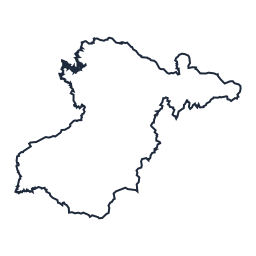 Bandung Barat, Jawa Barat, Indonesia (orthographic projection)
{"feature_id": "22746128B79756617117888", "entity_name": "Bandung Barat", "entity_type": "district", "adm_level": 2, "iso_a3": "IDN", "parent_name": "Indonesia", "parent_adm1": "Jawa Barat", "projection": "orthographic", "projection_center": [107.424, -6.905], "detail": "fine", "context": "isolated", "style": "outline", "palette": "slate", "viewbox_px": 256, "rotation_deg": 0, "n_neighbors": 0, "source": "geoboundaries", "source_scale": "gbopen_adm2", "svg_char_len": 5563}
<svg xmlns="http://www.w3.org/2000/svg" viewBox="0 0 256 256"><path d="M157.3,134.5L154.6,132.2L155.6,130.3L151.4,126.3L151.1,125.1L152.9,122.5L153.9,122.5L154.1,119.6L155.2,117.1L154.7,115.4L156.6,114.2L157.0,115.0L157.3,114.5L158.0,112.4L156.5,111.4L159.3,110.9L160.6,108.9L161.8,108.6L162.5,105.9L160.3,105.0L162.3,102.3L163.3,98.2L164.6,98.3L165.8,97.4L167.7,98.1L167.3,100.9L169.6,101.2L168.0,104.4L169.2,105.0L169.9,106.9L173.2,107.5L173.0,108.6L174.4,109.8L172.5,114.6L173.8,115.8L176.1,116.4L175.6,117.4L176.2,118.7L177.5,116.3L178.6,111.5L183.8,108.0L184.0,104.8L185.0,104.1L187.3,99.5L187.0,101.9L188.6,101.8L189.5,103.3L189.7,102.3L188.9,106.8L190.2,108.9L192.1,107.2L193.1,104.9L194.9,103.8L194.9,104.8L196.2,105.2L196.1,106.1L197.3,107.5L198.6,104.3L200.0,107.4L203.6,107.1L203.6,106.2L205.9,105.2L206.5,103.5L209.8,101.7L210.9,99.6L213.1,98.4L213.5,97.5L218.2,97.7L219.8,96.9L221.1,97.4L226.5,96.3L227.2,96.6L227.5,99.3L229.7,99.7L231.1,101.0L235.0,98.1L237.0,98.6L237.5,96.9L238.4,96.7L237.4,94.6L239.9,91.9L240.6,88.7L240.4,86.0L238.7,84.4L234.4,83.2L232.8,81.2L230.1,81.3L224.7,83.5L220.7,79.5L218.1,76.1L217.7,74.3L217.0,74.7L214.2,73.4L208.7,72.7L205.9,73.5L200.3,73.4L196.8,69.4L195.5,68.9L196.0,67.5L192.7,67.2L188.5,68.0L188.3,66.0L190.0,63.0L189.3,57.5L188.3,55.6L184.8,54.1L182.0,53.7L179.1,54.9L177.8,56.8L176.3,57.7L175.2,60.5L177.0,61.6L177.2,63.1L176.4,63.7L177.3,64.8L176.5,65.6L177.1,67.0L176.5,68.3L178.6,68.6L178.1,69.8L178.8,70.1L179.3,74.1L177.9,74.5L176.1,72.0L173.0,73.3L171.2,72.9L169.2,73.7L167.3,72.9L163.6,69.1L160.9,69.1L159.4,68.3L156.2,62.4L154.2,60.8L150.8,60.2L149.8,58.8L147.9,58.4L147.5,57.7L141.7,57.2L140.9,56.4L141.2,55.9L138.6,54.5L136.1,51.0L133.1,49.3L132.1,47.0L131.1,46.9L127.1,42.6L125.5,43.1L122.7,42.3L122.8,43.0L121.9,43.6L121.3,42.5L120.3,42.7L120.2,43.4L115.9,42.5L112.4,38.6L109.4,37.7L108.1,38.3L107.6,39.7L106.2,39.6L103.9,40.7L100.0,39.9L97.3,38.5L94.7,38.8L94.3,38.3L93.7,38.7L94.3,40.2L93.5,41.2L93.7,42.8L91.8,42.7L91.8,43.5L88.8,43.5L85.9,41.2L84.3,41.4L83.3,42.4L82.4,42.1L81.7,42.4L82.0,44.4L81.1,46.8L82.2,47.9L80.9,47.6L80.6,48.7L81.9,50.4L80.1,50.0L78.3,50.6L77.8,51.6L78.8,52.8L77.2,52.1L75.3,53.9L76.9,55.0L77.5,54.4L78.1,55.4L77.0,55.9L79.2,57.2L75.3,57.9L77.2,59.7L76.3,59.8L76.7,61.2L81.8,63.7L82.1,64.9L83.1,65.4L82.8,65.7L84.1,66.1L85.5,64.6L85.7,65.2L83.9,66.6L77.5,63.7L77.5,65.5L78.9,65.0L79.3,65.9L80.3,66.0L80.3,67.0L80.9,66.4L81.6,66.6L81.7,67.7L82.2,66.9L82.7,67.0L81.6,67.9L81.2,66.7L80.5,67.4L79.4,66.3L78.3,66.8L78.5,65.5L77.5,67.0L78.8,67.5L77.5,67.4L77.5,68.5L78.1,69.5L79.2,69.1L79.9,69.2L80.3,69.7L78.8,69.4L78.6,70.4L77.9,70.2L76.7,67.9L76.1,67.9L76.1,69.7L76.7,69.7L78.1,71.6L75.3,69.4L76.6,71.4L75.5,70.7L76.0,72.6L75.6,72.7L75.0,71.3L74.0,72.3L74.3,71.0L72.8,71.2L72.3,70.9L72.6,70.0L71.4,70.0L70.8,69.3L73.0,68.7L74.1,69.7L74.7,69.5L75.0,67.6L74.6,67.0L73.8,67.8L73.8,65.8L72.8,67.4L72.8,66.8L71.5,67.4L70.8,66.8L68.0,68.9L68.7,67.0L67.1,67.3L66.2,68.4L66.9,66.0L68.9,66.2L70.1,64.7L68.1,64.3L67.4,63.3L67.3,64.4L66.1,64.4L64.4,67.8L65.8,63.8L65.1,62.3L65.5,61.8L62.1,60.3L62.0,61.4L64.6,63.3L64.2,65.4L63.2,64.6L63.4,69.1L62.4,67.1L61.4,69.1L63.4,70.9L62.7,72.4L63.9,73.7L62.4,73.1L61.9,73.9L59.4,73.8L59.8,75.3L62.3,75.1L61.2,75.9L61.4,77.4L60.6,77.1L60.9,78.8L61.5,79.0L62.1,78.2L63.7,78.7L63.2,79.0L65.5,80.2L65.0,81.3L66.4,82.1L67.5,81.8L68.2,83.0L68.9,82.6L69.9,83.7L70.2,83.2L70.3,83.9L71.0,83.8L70.8,84.9L71.9,84.9L70.2,85.5L71.4,86.3L70.7,87.4L72.6,88.7L73.6,91.3L72.1,90.7L70.8,93.3L73.6,94.7L73.5,100.6L75.5,103.8L74.1,104.8L74.2,105.7L74.9,106.2L76.2,105.8L76.7,107.6L78.6,106.4L79.7,108.2L81.0,107.0L81.9,104.6L82.4,104.8L81.9,106.4L84.0,106.0L84.6,106.5L84.9,107.5L83.5,109.5L84.6,111.6L83.6,113.6L82.3,114.0L82.3,114.8L81.2,115.6L82.0,117.2L81.3,118.1L81.4,120.1L78.2,120.2L77.0,121.1L75.6,120.4L73.8,120.8L70.1,124.4L70.4,125.9L69.0,127.5L64.8,129.8L61.5,130.0L60.7,132.5L55.2,136.5L53.5,136.0L49.2,137.6L45.6,137.1L36.3,142.0L30.6,142.5L29.1,143.7L30.8,146.4L23.7,151.0L23.0,152.2L21.3,152.1L18.7,154.3L19.0,155.9L17.2,156.3L16.6,160.5L17.0,162.9L18.1,163.0L18.7,164.5L18.5,165.4L16.7,165.3L16.4,165.9L17.5,170.3L18.4,171.1L17.9,172.3L19.1,173.1L19.3,174.4L21.0,176.3L20.1,176.9L20.3,178.8L19.2,179.4L17.9,185.2L18.4,185.8L17.2,186.4L18.0,186.8L16.9,188.2L17.5,188.9L16.3,189.5L15.4,191.8L16.6,192.3L17.1,191.7L18.8,193.3L19.4,192.9L19.2,192.0L20.9,192.1L20.9,191.6L22.1,192.1L22.7,190.9L23.7,191.1L24.0,190.1L24.7,191.3L26.1,191.0L26.7,190.0L27.0,191.0L27.9,190.3L28.2,191.0L29.8,191.1L30.0,191.8L31.8,191.3L32.6,191.9L32.1,189.5L32.8,189.3L32.2,188.5L33.0,188.0L34.6,188.6L34.9,188.1L35.1,188.8L38.5,187.0L41.6,188.0L41.7,188.5L44.6,187.8L45.2,189.6L46.6,189.7L46.2,191.6L49.8,193.5L50.2,195.4L52.5,197.7L57.3,200.0L58.1,202.8L59.3,202.9L62.4,205.2L62.7,203.0L63.9,202.5L65.0,204.2L66.8,205.2L68.8,208.1L69.0,212.6L72.1,212.2L74.9,213.3L78.3,212.7L81.0,213.6L83.3,212.6L88.8,215.0L90.0,216.9L92.2,215.3L98.2,217.2L99.1,218.3L102.3,217.9L106.5,213.9L108.6,213.0L109.3,207.8L108.5,205.6L110.3,202.6L111.7,202.1L113.5,199.4L114.7,198.8L113.6,193.5L116.1,191.3L125.4,187.7L127.8,189.1L135.9,190.1L137.4,191.4L136.7,184.3L138.7,182.1L139.3,177.4L136.7,175.1L137.4,172.9L136.5,170.5L138.2,168.6L141.3,167.5L141.8,165.2L141.1,161.4L142.0,159.1L146.2,158.1L148.5,160.3L148.6,158.9L149.3,159.0L150.3,157.9L150.6,155.5L152.2,152.9L154.7,152.4L154.5,150.5L156.0,149.6L154.6,149.5L154.5,149.0L156.9,147.5L157.6,144.5L160.2,143.2L159.7,142.0L156.3,140.6L156.3,137.7L157.2,136.2L156.6,135.5L157.3,134.5Z" fill="none" stroke="#1e293b" stroke-width="2"/></svg>